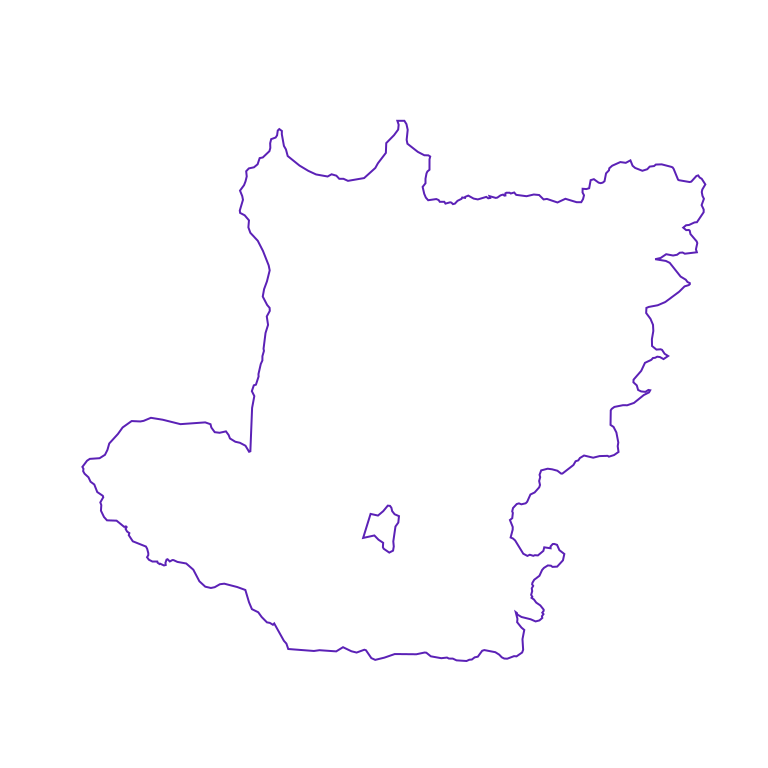 outline of Mutshatsha, Katanga, Democratic Republic of the Congo, rotated 104°
{"feature_id": "63176286B57018267641486", "entity_name": "Mutshatsha", "entity_type": "district", "adm_level": 2, "iso_a3": "COD", "parent_name": "Democratic Republic of the Congo", "parent_adm1": "Katanga", "projection": "albers", "projection_center": [25.024, -10.86], "detail": "fine", "context": "isolated", "style": "outline", "palette": "violet", "viewbox_px": 768, "rotation_deg": 104, "n_neighbors": 0, "source": "geoboundaries", "source_scale": "gbopen_adm2", "svg_char_len": 6167}
<svg xmlns="http://www.w3.org/2000/svg" viewBox="0 0 768 768"><g transform="rotate(104 384 384)"><path d="M125.4,434.7L128.9,432.5L133.7,431.8L140.2,434.5L149.7,440.1L159.3,438.1L171.3,443.3L176.5,444.7L189.0,453.1L195.6,468.1L194.7,473.0L195.7,477.1L193.4,480.6L193.2,485.6L196.3,488.9L197.1,500.6L195.5,509.0L192.5,518.8L186.1,532.6L180.1,535.9L177.2,538.7L166.3,543.6L163.2,544.3L162.0,547.3L163.8,548.4L168.6,547.9L171.1,548.8L173.7,552.7L177.9,552.7L182.5,551.4L185.8,551.5L193.5,556.4L194.9,559.3L201.4,559.8L205.2,562.6L207.5,567.3L210.9,569.2L215.8,567.4L220.9,567.4L224.9,567.9L231.2,570.5L236.0,567.0L239.4,565.4L250.6,565.9L252.8,565.0L254.0,560.0L257.9,554.6L264.8,553.5L269.6,550.3L275.6,541.1L284.2,533.6L296.8,524.6L301.4,522.4L312.7,522.4L321.0,523.3L328.5,522.8L335.6,516.5L337.8,513.4L340.7,512.5L346.8,514.1L354.7,510.8L363.1,511.3L379.0,509.4L380.9,508.5L386.4,508.7L390.6,507.7L394.4,508.4L404.8,508.2L407.1,507.5L415.6,508.1L416.8,510.0L422.9,510.5L427.1,506.9L439.1,506.2L481.6,497.4L482.4,498.5L477.4,503.5L475.9,509.6L476.0,514.3L474.1,520.3L471.1,522.4L468.2,525.9L471.1,531.7L471.7,536.6L468.0,541.0L465.0,542.6L464.5,548.2L472.2,571.8L472.2,590.1L473.2,602.0L477.9,608.3L479.3,611.4L481.0,619.9L489.4,627.1L496.9,630.1L508.2,636.2L514.8,636.4L520.2,637.6L524.8,642.0L527.8,651.3L530.3,653.6L537.4,656.6L539.0,655.1L541.4,654.8L543.5,652.8L546.0,648.2L549.8,645.1L551.6,640.8L558.2,636.1L560.5,629.8L561.8,629.0L567.5,630.6L569.9,629.0L575.4,628.0L580.8,623.5L583.3,619.8L581.3,610.4L585.5,601.5L584.6,600.0L585.1,599.1L587.1,599.7L589.3,597.6L590.3,595.0L592.4,595.1L597.4,589.7L599.3,575.7L601.1,574.0L605.1,571.8L607.1,571.3L609.4,572.0L611.4,569.6L612.3,565.7L611.1,561.0L612.2,560.4L613.0,558.2L612.5,557.8L613.3,553.6L612.4,552.0L610.4,552.8L607.0,552.5L606.4,551.6L608.0,548.9L606.0,546.7L605.8,545.6L606.6,541.4L606.0,532.5L610.3,524.1L620.1,515.4L623.9,508.4L623.8,502.6L622.1,499.1L618.0,494.8L616.4,490.7L616.5,477.4L617.4,468.7L628.4,462.2L634.4,457.7L635.9,450.8L639.7,446.3L643.6,439.9L643.4,437.0L644.5,433.5L642.9,432.6L657.4,419.0L659.5,415.9L664.3,412.8L660.0,387.4L657.9,382.2L655.0,365.7L649.3,360.1L651.2,351.0L651.2,345.6L646.6,338.8L646.7,337.1L653.0,330.0L653.8,325.8L649.4,317.4L643.4,308.2L638.4,287.2L634.7,279.6L634.5,277.9L636.9,272.7L636.2,262.1L634.2,256.7L634.7,254.6L633.8,250.8L634.6,246.8L632.8,236.9L630.9,234.5L630.1,232.1L627.3,229.9L625.9,227.0L619.1,224.2L617.9,222.3L617.3,211.1L618.7,206.8L620.7,203.6L621.3,200.9L620.7,197.9L616.6,192.0L616.2,189.5L611.1,185.0L608.2,184.7L598.1,187.9L588.7,188.4L587.1,191.7L582.9,197.2L579.6,197.7L573.5,201.0L574.1,199.6L575.4,198.9L576.8,194.2L576.8,184.8L577.7,179.5L575.8,176.0L572.7,173.8L571.1,174.6L568.7,173.6L567.6,175.1L565.5,174.2L564.3,174.5L561.0,178.8L559.3,183.4L556.8,186.4L555.8,189.1L554.6,188.6L553.0,190.2L549.1,190.1L546.5,191.2L543.8,190.4L542.6,191.8L541.0,191.9L537.6,190.9L532.5,186.8L526.2,185.6L523.7,184.3L520.4,181.1L519.9,178.1L520.7,176.3L519.3,171.8L511.8,167.7L505.3,167.9L502.8,173.6L498.2,177.2L498.0,180.2L498.5,181.6L501.3,183.1L503.1,182.6L503.7,189.0L507.4,189.0L513.1,193.2L513.6,196.2L514.6,197.6L514.4,201.2L516.1,203.3L515.0,207.8L504.1,218.9L502.7,221.5L502.3,224.0L494.2,223.9L491.6,224.5L485.5,228.9L483.2,227.1L477.9,227.8L476.5,228.8L473.1,228.8L468.4,226.2L467.2,224.2L467.5,221.6L465.5,217.7L463.7,216.6L455.8,215.2L452.8,211.6L446.7,208.4L444.2,208.2L440.6,210.0L436.6,209.9L434.5,211.1L429.8,210.6L426.6,204.7L426.1,200.2L426.2,194.8L428.1,190.4L427.7,189.2L416.8,180.6L412.6,179.4L411.1,177.0L408.4,176.0L405.0,172.6L404.9,163.2L401.8,157.4L399.6,149.6L400.1,148.2L397.3,143.6L393.2,140.0L387.8,142.2L384.1,142.5L374.8,146.8L370.1,150.9L368.9,154.3L354.7,157.6L353.0,157.0L350.5,154.9L346.7,146.9L345.8,142.9L341.9,136.9L331.9,129.3L328.0,124.8L325.7,124.2L325.8,126.0L328.4,128.5L329.0,132.7L328.3,136.0L324.2,138.4L322.0,142.4L319.4,142.9L309.0,137.6L300.3,135.9L295.9,130.5L293.7,129.3L293.0,127.3L291.4,125.5L291.1,122.8L292.2,118.8L288.1,115.1L286.8,119.0L283.6,122.5L283.4,124.0L284.7,128.0L282.3,133.1L275.7,134.9L267.4,135.5L261.5,137.3L256.3,141.2L251.7,146.8L246.7,147.8L245.2,145.8L241.4,137.5L236.4,130.9L223.0,119.9L216.6,116.0L214.3,112.2L213.1,111.4L212.1,111.7L211.6,114.2L209.8,116.4L208.0,122.2L197.3,136.1L196.4,140.3L197.3,151.1L194.8,146.1L189.8,141.6L189.4,134.6L187.7,130.9L185.1,128.8L184.2,126.1L184.8,123.6L180.5,112.3L177.9,113.9L171.5,114.1L170.0,115.1L164.4,122.9L161.2,124.5L160.8,125.5L161.6,128.0L159.9,131.5L156.9,129.3L155.9,126.5L152.1,121.8L151.3,119.5L140.0,115.4L137.4,116.0L133.6,119.1L126.9,118.4L124.4,120.5L120.9,122.1L118.3,122.2L112.6,120.5L108.0,125.4L107.3,127.7L105.6,129.6L106.6,131.2L113.3,134.8L114.1,136.3L114.9,147.1L114.6,148.1L105.2,155.0L104.0,156.4L103.8,157.9L103.7,167.7L105.3,173.3L107.2,174.7L108.8,178.8L111.9,180.5L114.6,184.9L113.6,192.6L112.1,195.6L107.4,199.0L110.9,202.9L111.5,208.4L117.0,215.4L120.2,217.6L122.2,217.4L125.9,219.5L133.9,219.1L135.7,220.5L136.7,222.3L136.7,224.5L134.5,229.9L136.2,232.8L144.4,232.3L145.9,234.8L146.5,238.5L150.1,237.7L152.5,235.6L156.4,235.6L159.9,236.6L161.0,241.0L160.4,252.8L165.9,259.6L165.0,270.7L166.3,273.8L163.1,279.2L163.9,284.5L167.3,291.1L168.5,301.5L166.7,304.0L168.5,307.1L168.0,308.4L168.8,311.5L169.7,312.4L171.7,311.8L172.1,312.8L171.4,314.3L172.8,316.6L175.7,319.1L176.4,320.6L176.2,327.1L177.8,326.0L178.6,327.8L177.7,330.0L182.2,337.6L182.4,341.9L180.8,347.8L182.8,350.5L183.8,350.4L184.1,353.2L185.6,353.6L188.5,357.0L191.8,358.8L192.8,360.6L191.7,362.5L191.7,363.8L194.1,368.0L192.6,369.6L193.7,374.0L192.3,375.5L191.9,378.0L195.0,385.6L193.0,388.5L189.7,391.0L183.4,394.2L179.2,392.3L174.8,393.4L169.4,393.7L167.3,393.3L165.1,391.7L155.0,394.2L152.1,394.2L151.4,396.3L152.3,400.2L150.6,407.3L145.2,419.4L141.6,421.1L131.6,422.5L126.4,425.1L123.7,427.9L125.4,434.7ZM546.3,338.1L543.9,344.5L542.6,345.6L538.3,346.4L536.4,351.7L533.3,356.7L538.4,367.0L513.3,365.6L513.1,358.0L507.6,354.0L501.1,350.9L500.8,348.7L502.3,346.9L505.4,345.3L507.8,342.2L508.6,337.5L515.0,336.6L519.5,338.4L534.5,336.9L539.3,335.2L543.5,334.9L546.3,338.1Z" fill="none" stroke="#5b21b6" stroke-width="2"/></g></svg>